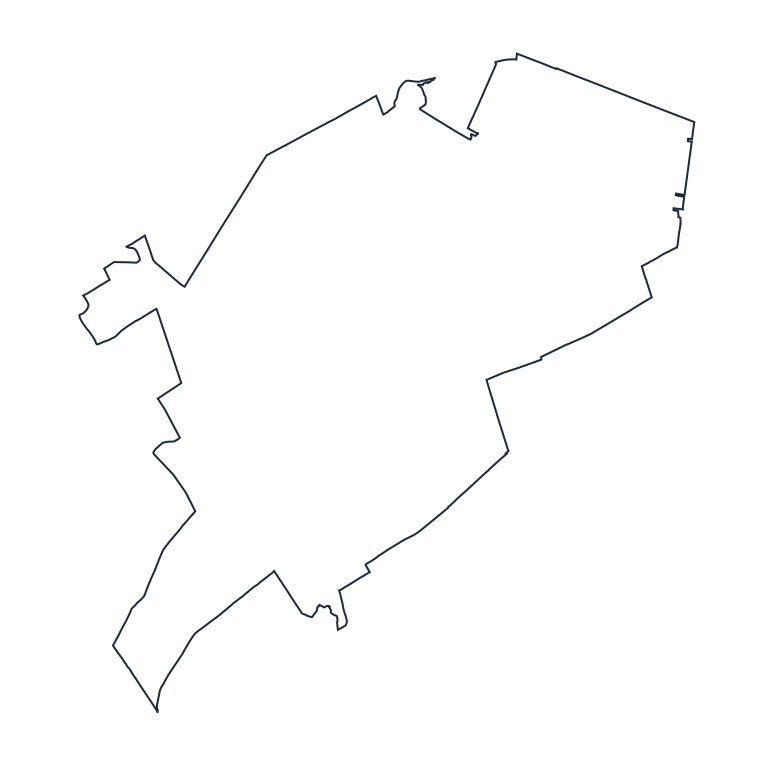 outline of Trifesti, Neamt, Romania, rotated 271°
{"feature_id": "2599482B56536126693298", "entity_name": "Trifesti", "entity_type": "district", "adm_level": 2, "iso_a3": "ROU", "parent_name": "Romania", "parent_adm1": "Neamt", "projection": "mercator", "projection_center": [26.835, 46.906], "detail": "fine", "context": "isolated", "style": "outline", "palette": "slate", "viewbox_px": 768, "rotation_deg": 271, "n_neighbors": 0, "source": "geoboundaries", "source_scale": "gbopen_adm2", "svg_char_len": 6082}
<svg xmlns="http://www.w3.org/2000/svg" viewBox="0 0 768 768"><g transform="rotate(271 384 384)"><path d="M702.7,550.9L702.0,550.5L708.6,533.2L709.5,530.5L716.6,511.2L710.7,510.6L710.9,507.9L710.6,502.7L710.3,500.3L709.7,497.1L708.9,493.7L707.8,489.8L706.6,490.0L706.2,490.4L705.5,490.3L704.2,489.9L689.7,483.8L688.5,483.4L684.9,481.8L672.3,476.6L670.6,475.8L663.6,473.0L656.6,469.9L654.2,469.0L650.0,467.0L647.7,466.1L641.2,463.3L640.1,465.5L637.6,470.2L636.5,472.4L636.1,474.4L635.9,473.7L635.4,472.9L635.0,472.3L633.7,471.3L633.8,470.4L635.3,467.4L635.1,466.7L634.4,466.5L632.7,467.1L631.3,466.9L629.9,466.2L630.9,463.7L638.3,450.5L647.5,434.9L649.0,432.2L659.4,415.1L660.5,415.3L662.4,418.3L663.7,419.9L664.8,420.8L666.3,420.9L666.8,421.0L667.8,421.0L669.3,420.6L670.9,420.7L672.1,420.4L674.3,419.0L676.1,418.5L680.7,416.6L681.0,416.3L682.7,414.2L683.5,413.0L683.9,412.2L683.9,412.9L683.7,414.7L683.8,415.7L683.9,417.9L684.9,418.0L686.5,421.2L686.5,421.5L686.3,421.7L685.7,422.2L685.7,422.3L685.9,422.9L686.3,423.0L686.9,423.7L686.6,424.6L686.7,424.8L687.3,425.3L687.7,425.5L688.6,426.1L688.6,427.4L688.9,428.0L689.6,428.3L690.6,429.5L690.9,429.4L690.6,428.9L689.1,422.4L688.7,421.4L688.0,418.0L687.3,415.2L686.9,414.2L686.8,413.4L686.8,411.9L687.0,410.2L687.1,407.8L687.3,406.7L687.4,406.2L687.4,405.0L687.7,403.4L687.5,401.2L687.1,400.3L685.4,398.3L683.4,396.5L681.0,394.8L679.7,394.1L677.0,393.2L675.6,392.9L670.6,391.9L668.9,391.3L667.1,389.9L666.5,389.8L664.9,389.4L664.5,389.5L662.5,389.9L662.0,389.9L659.8,387.4L657.4,384.3L656.0,382.8L653.7,379.4L653.4,378.7L655.7,377.6L659.8,376.1L672.0,371.1L671.1,369.5L670.4,368.1L667.7,363.9L667.1,362.6L665.6,360.3L663.0,355.8L654.7,341.3L651.4,335.9L647.5,329.2L645.2,324.6L641.8,318.7L640.9,316.9L634.1,304.7L633.6,303.6L629.1,295.8L627.1,292.2L625.5,289.5L617.9,275.7L611.4,264.0L610.6,262.6L597.2,254.4L571.1,238.9L537.8,218.7L513.6,204.4L486.9,188.3L477.8,183.0L478.5,181.6L479.9,179.4L481.4,177.4L498.8,156.5L501.1,153.5L502.3,152.3L503.1,151.7L504.4,150.9L514.3,147.4L528.2,142.3L522.9,134.2L520.0,130.1L516.8,124.2L516.4,124.5L515.8,126.7L515.5,130.0L515.1,131.7L514.9,132.2L513.1,133.9L511.9,134.7L511.1,135.1L506.2,137.2L504.1,137.8L502.6,136.7L501.6,135.4L501.3,135.1L501.1,134.9L501.0,134.0L501.1,129.5L501.2,126.7L501.2,126.4L501.2,111.9L494.5,102.2L483.4,107.9L476.2,96.4L473.2,91.9L470.0,86.9L469.1,85.4L468.4,83.8L467.7,82.8L467.2,81.7L466.1,82.5L465.1,83.3L462.6,85.0L460.9,85.9L458.7,87.0L457.8,87.1L456.4,87.0L454.3,86.2L452.5,85.1L451.4,84.1L450.0,82.6L449.2,81.6L448.7,80.6L448.2,79.3L447.8,78.5L447.0,78.3L444.9,78.8L443.0,79.7L440.3,81.3L438.4,82.6L434.9,85.2L430.7,88.7L428.1,90.7L425.2,92.7L422.5,94.3L420.2,95.2L418.6,96.2L418.8,97.4L419.7,99.7L421.4,103.2L422.9,107.4L424.2,110.0L426.6,114.5L428.0,115.9L432.8,120.7L436.9,126.1L442.3,134.1L444.8,138.8L453.1,151.6L455.2,155.1L454.3,155.6L381.4,181.3L371.0,166.1L365.4,158.1L355.0,165.2L326.7,180.8L324.8,178.6L322.9,175.0L322.6,171.5L322.6,170.4L322.5,169.2L321.8,165.3L320.8,163.1L318.0,160.1L315.3,157.0L312.3,154.9L311.6,154.7L311.0,154.6L309.8,155.2L289.8,174.8L271.7,187.9L253.5,197.5L238.2,184.7L235.0,182.4L222.4,172.1L215.6,167.0L214.9,166.6L212.9,165.5L210.2,164.4L205.8,162.6L193.6,158.1L191.9,157.3L185.7,154.7L183.2,153.7L179.9,152.3L172.0,149.5L169.1,148.5L167.8,147.9L164.5,145.1L162.6,143.0L160.8,141.0L159.1,139.7L155.0,135.7L149.0,133.2L149.1,133.3L145.5,131.5L143.4,130.7L135.8,126.6L134.8,126.2L131.6,124.6L128.0,123.0L124.0,120.8L122.0,119.9L118.2,117.8L117.6,117.6L109.8,123.3L105.9,126.3L102.5,128.8L101.1,129.4L99.5,131.0L99.3,131.0L96.9,132.3L96.4,133.0L94.7,134.6L90.3,137.3L88.2,138.6L84.9,141.1L78.3,145.5L62.8,156.3L55.1,161.5L53.8,162.3L51.4,163.3L53.8,163.5L55.0,163.0L56.9,162.6L58.7,162.6L73.3,165.2L75.5,165.9L77.6,167.0L80.9,169.1L83.6,170.3L89.4,173.5L96.8,178.2L110.3,187.0L114.9,189.4L124.5,194.9L128.9,197.7L131.2,199.5L131.9,200.2L134.0,202.7L136.0,205.5L140.3,210.9L150.8,224.4L154.0,228.0L160.1,235.1L162.1,237.1L166.9,243.3L169.6,246.8L171.3,248.5L173.9,251.7L175.8,253.8L178.0,256.4L180.0,259.0L180.9,260.5L181.4,261.2L183.2,263.1L193.9,276.4L194.5,277.1L195.0,277.1L195.1,277.3L187.4,282.7L176.0,290.5L174.2,291.7L162.7,299.4L155.2,304.7L153.9,305.3L153.0,306.3L152.6,307.3L152.4,308.3L151.3,310.6L150.9,311.3L149.6,315.8L150.6,316.9L152.4,318.0L154.7,319.9L156.7,320.9L158.8,321.2L160.4,321.6L160.5,322.6L162.0,323.4L159.6,328.2L160.4,329.5L161.0,330.8L161.2,332.3L160.6,333.6L159.7,333.1L158.8,333.9L157.8,334.3L157.0,334.9L154.6,334.8L153.7,335.7L152.2,338.1L151.3,340.8L149.0,341.4L146.1,341.7L144.8,341.2L137.4,342.2L141.2,348.7L141.7,349.4L142.1,349.9L144.2,350.7L145.3,351.0L146.4,351.1L151.4,349.7L155.2,348.3L157.2,347.7L160.8,346.9L162.3,346.7L173.6,343.8L176.8,342.7L176.8,343.3L179.8,347.8L183.4,353.7L189.5,363.0L192.0,367.2L195.7,373.0L202.6,368.8L203.2,368.8L203.9,369.6L206.5,374.0L210.4,379.6L211.6,380.9L219.5,392.5L229.4,408.2L230.0,409.7L232.9,415.3L234.3,417.7L237.2,421.9L261.2,450.1L262.6,450.6L262.6,450.9L263.4,452.0L269.9,458.5L275.2,464.1L284.1,473.7L289.5,479.2L297.0,487.1L298.3,488.6L299.9,490.2L300.3,490.5L310.2,501.0L314.2,505.5L316.1,507.7L316.5,508.0L316.9,507.1L319.2,509.7L321.0,508.9L352.5,498.4L389.9,486.4L397.5,503.6L402.7,518.7L411.1,540.8L411.2,541.0L413.8,540.6L426.1,564.8L427.3,567.8L433.0,580.2L437.6,589.8L453.7,615.8L456.6,620.5L460.7,627.2L462.7,630.2L471.4,643.7L472.3,645.3L474.1,648.2L475.2,650.2L490.3,645.1L493.1,644.2L495.2,643.2L506.3,639.7L509.2,645.3L510.6,647.6L511.2,648.4L513.2,652.3L518.2,660.1L520.1,663.4L521.1,665.7L525.7,674.2L525.7,674.6L530.1,675.4L535.9,675.9L541.0,676.5L549.3,677.8L549.3,677.5L551.9,677.7L555.3,677.4L555.2,677.1L556.2,675.3L557.2,675.6L557.9,675.5L558.6,675.3L559.9,675.1L561.5,675.2L562.0,675.1L562.8,670.4L563.9,670.5L564.8,670.5L563.7,679.8L565.4,679.7L568.4,680.0L576.5,680.9L577.2,675.2L577.9,672.4L579.6,672.8L579.0,675.7L578.2,681.2L631.7,687.5L632.1,683.6L634.6,683.8L634.2,687.7L643.4,688.7L651.3,689.7L669.7,639.6L687.1,593.0L696.2,568.2L702.7,550.9Z" fill="none" stroke="#1e293b" stroke-width="2"/></g></svg>